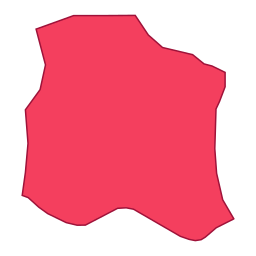 map outline of Dún Laoghaire–Rathdown (Mercator projection)
{"feature_id": "IRL-5576", "entity_name": "Dún Laoghaire–Rathdown", "entity_type": "County", "adm_level": 1, "iso_a3": "IRL", "parent_name": "Ireland", "parent_adm1": "", "projection": "mercator", "projection_center": [-6.178, 53.255], "detail": "fine", "context": "isolated", "style": "filled", "palette": "rose", "viewbox_px": 256, "rotation_deg": 0, "n_neighbors": 0, "source": "natural_earth", "source_scale": "10m", "svg_char_len": 584}
<svg xmlns="http://www.w3.org/2000/svg" viewBox="0 0 256 256"><path d="M135.2,15.4L148.3,35.0L162.5,47.5L192.7,54.7L204.0,63.9L212.0,66.0L225.1,72.4L225.1,86.8L219.5,101.5L216.0,109.0L214.8,148.7L216.6,173.3L222.7,199.8L233.8,218.8L233.6,219.0L216.3,227.7L205.2,237.2L201.1,239.7L195.3,240.6L189.2,239.4L180.3,236.3L133.5,209.2L126.2,207.8L117.6,208.3L85.4,225.1L77.1,225.2L66.2,222.6L47.7,213.6L38.8,207.2L28.2,197.6L22.2,195.4L25.4,172.5L28.0,143.4L25.4,109.8L40.1,89.6L45.5,64.9L36.1,29.1L73.6,15.6L105.8,15.6L135.2,15.4Z" fill="#f43f5e" stroke="#9f1239" stroke-width="1.5"/></svg>